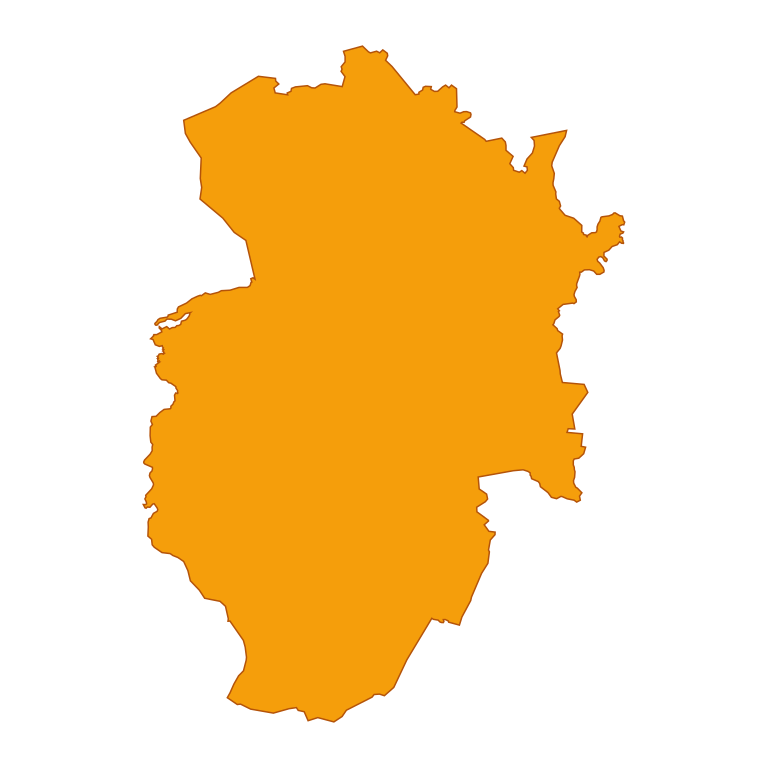 Pildas pag., Ludzas, Latvia
{"feature_id": "27541924B23145226159643", "entity_name": "Pildas pag.", "entity_type": "district", "adm_level": 2, "iso_a3": "LVA", "parent_name": "Latvia", "parent_adm1": "Ludzas", "projection": "albers", "projection_center": [27.751, 56.365], "detail": "fine", "context": "isolated", "style": "filled", "palette": "amber", "viewbox_px": 768, "rotation_deg": 0, "n_neighbors": 0, "source": "geoboundaries", "source_scale": "gbopen_adm2", "svg_char_len": 6082}
<svg xmlns="http://www.w3.org/2000/svg" viewBox="0 0 768 768"><path d="M566.6,130.4L531.3,137.4L534.1,140.5L534.5,146.1L532.4,153.0L527.0,159.0L524.0,166.1L527.0,166.9L527.4,170.3L525.0,173.2L521.8,170.6L519.3,172.2L513.6,170.3L513.3,167.6L509.8,163.7L513.1,156.4L506.0,150.3L506.0,145.5L505.3,141.9L501.8,138.1L486.2,141.3L484.7,139.4L461.1,123.1L462.0,122.2L464.1,122.3L464.6,120.9L470.5,117.0L471.0,114.4L470.5,112.9L466.7,111.6L463.7,111.7L460.0,113.2L454.7,111.7L454.8,110.6L457.0,107.0L456.5,88.7L451.5,85.1L449.0,87.8L445.6,85.1L442.6,86.9L437.7,91.3L434.4,91.4L430.7,89.3L431.3,86.6L425.5,86.3L423.2,87.3L422.6,90.0L418.9,92.3L418.9,94.1L415.2,94.7L392.2,66.7L385.6,60.3L387.7,55.8L387.3,53.3L382.8,49.9L379.7,52.8L376.6,51.2L370.4,52.9L368.4,51.8L362.5,46.1L343.5,51.3L345.1,56.4L345.1,61.9L341.2,66.7L342.0,69.2L341.1,71.4L345.0,76.6L342.2,86.6L325.0,83.8L321.0,84.3L315.1,88.0L311.7,87.8L307.5,85.7L295.4,86.9L291.5,88.4L291.0,91.3L287.2,93.0L287.7,94.8L275.2,92.9L273.9,88.0L278.8,84.0L275.7,81.0L275.5,78.4L258.4,76.3L231.1,92.9L220.2,103.1L215.5,106.7L183.7,120.3L185.4,133.5L190.3,142.3L201.2,158.0L200.3,178.5L201.7,187.5L200.0,199.0L222.8,218.1L234.2,232.4L245.9,240.4L255.0,279.2L253.0,277.8L250.8,278.7L251.8,282.1L251.0,282.5L250.1,285.6L247.4,287.4L239.1,287.4L230.0,290.2L221.3,290.7L218.4,292.3L210.2,294.4L205.3,292.9L201.4,295.7L200.2,295.3L197.4,296.3L192.1,298.7L186.5,303.1L178.5,306.9L177.3,309.0L177.2,312.2L168.2,315.1L168.0,316.3L167.2,317.1L160.0,318.3L158.0,319.6L156.8,321.6L154.9,323.4L155.0,324.4L155.6,325.1L156.9,325.2L159.5,322.5L165.0,321.1L166.9,319.1L171.3,319.2L175.5,320.8L180.8,318.4L185.4,313.6L190.4,312.6L189.7,313.2L189.7,314.5L189.1,316.0L187.2,318.7L185.5,320.1L181.5,321.2L180.7,324.4L178.8,325.5L176.8,325.7L175.2,327.4L172.2,327.6L169.5,329.0L166.7,326.6L162.0,328.9L159.3,326.6L159.2,328.0L161.4,330.3L161.8,331.9L156.7,334.6L153.9,334.6L153.5,335.3L153.7,335.8L150.6,338.8L153.0,339.5L155.3,344.8L159.4,346.4L162.2,345.7L162.4,346.8L163.4,347.9L162.6,349.1L163.8,349.7L162.7,351.0L163.6,351.5L163.7,352.7L164.5,353.2L163.2,354.2L162.1,353.5L159.2,354.1L158.2,355.9L157.3,356.3L158.0,356.8L157.8,357.7L158.2,358.0L157.5,358.5L158.1,358.8L157.7,359.2L158.0,360.3L157.6,361.6L158.0,362.0L158.9,361.4L158.7,362.0L159.5,362.1L155.5,365.1L156.0,365.9L154.8,366.7L155.4,366.9L154.9,367.2L156.5,373.3L160.4,378.6L161.9,379.8L166.4,380.2L168.7,382.7L170.9,383.2L175.8,386.6L176.0,388.2L177.6,390.6L177.5,392.0L177.9,392.9L177.6,393.5L175.7,393.0L174.5,395.2L175.0,400.8L173.9,401.8L172.9,404.3L170.9,406.2L170.9,408.0L170.1,408.8L164.1,409.4L159.9,412.5L156.1,416.3L152.0,416.6L150.9,421.1L152.4,424.5L150.3,427.1L150.1,435.7L150.8,442.1L152.7,444.5L152.1,447.1L152.2,450.7L150.1,454.2L144.5,460.1L143.7,462.0L143.8,462.9L144.8,464.0L152.4,467.3L152.5,468.8L152.0,470.9L150.0,473.0L149.4,475.6L150.0,477.5L153.3,483.0L153.5,484.9L151.7,488.8L145.7,495.3L146.0,496.8L144.9,498.9L146.3,501.9L146.6,503.9L145.6,504.6L143.3,504.5L145.0,507.8L146.1,508.2L147.4,507.0L149.9,507.3L152.7,504.1L154.2,503.7L157.2,508.0L157.8,509.7L157.1,511.3L153.4,513.4L151.0,517.9L149.1,518.6L148.1,522.1L148.3,527.0L147.9,536.1L151.6,539.3L152.2,544.8L154.3,547.3L162.0,552.6L170.2,553.6L172.9,555.5L177.9,557.5L183.7,561.5L187.9,570.6L190.4,580.8L199.3,590.1L204.7,598.3L220.0,601.3L225.5,606.3L228.3,618.7L228.0,621.2L230.0,621.1L243.4,640.4L245.2,647.1L246.5,657.2L246.2,660.2L243.5,670.8L238.6,675.8L233.9,684.1L230.0,692.9L227.3,697.7L237.3,704.5L240.5,704.1L250.6,709.1L273.4,713.1L289.0,708.7L296.4,707.6L298.2,710.4L304.2,711.7L308.1,720.7L317.8,717.6L333.9,721.9L342.1,716.5L346.4,710.2L372.1,697.1L374.1,694.5L379.5,694.1L384.4,695.7L393.8,687.4L406.8,659.9L431.8,618.3L433.3,619.3L438.1,620.1L440.0,622.0L441.4,622.5L443.3,622.6L443.9,621.5L443.3,619.6L445.2,619.5L448.1,620.8L448.7,622.2L459.4,625.1L461.9,617.0L470.7,600.6L471.5,597.0L481.6,573.3L487.9,563.3L489.4,551.8L488.5,550.0L490.3,540.0L495.0,534.7L495.1,532.1L488.9,531.3L484.2,524.8L488.5,521.0L488.4,520.3L476.9,511.8L476.7,507.2L485.4,501.7L487.6,499.0L486.6,494.1L479.2,489.0L478.2,477.0L513.4,470.7L523.1,469.8L528.0,471.4L530.1,472.8L530.2,475.2L531.1,476.3L531.6,478.7L538.3,481.6L539.7,483.5L540.4,486.7L548.0,492.6L551.4,497.3L556.6,498.7L560.9,496.4L562.2,496.6L567.2,498.8L574.1,500.2L576.7,502.1L580.3,500.2L579.5,496.1L581.9,492.8L577.3,488.1L575.8,487.3L573.7,483.1L573.5,480.6L574.6,477.3L575.0,471.7L574.4,469.8L574.2,467.2L573.3,464.9L573.3,460.8L574.2,459.0L578.8,458.2L583.7,453.7L585.6,447.2L581.2,446.3L582.6,433.8L567.0,432.4L568.2,428.7L574.8,429.0L572.2,414.1L587.8,392.4L584.1,384.4L562.4,382.5L560.3,374.0L560.0,370.4L556.5,352.9L560.1,348.4L561.1,345.8L562.5,340.0L562.1,335.8L562.6,334.1L557.7,330.6L557.1,328.6L552.9,324.8L553.8,323.7L555.0,319.9L559.1,316.5L559.7,315.2L558.4,311.5L559.4,310.8L557.7,308.8L563.1,304.4L572.6,303.1L574.0,303.6L576.3,301.9L576.2,299.7L574.4,296.5L574.0,294.7L574.9,291.5L577.1,287.5L576.6,285.5L576.7,283.7L579.5,276.0L579.9,274.3L579.7,272.2L581.4,272.1L584.4,269.9L589.5,269.7L593.7,271.0L596.7,274.3L599.9,274.3L603.9,272.0L604.1,270.4L603.2,267.7L599.7,263.0L597.7,261.3L597.1,259.3L598.9,257.0L600.8,256.6L602.7,257.7L604.5,260.9L606.0,261.6L607.0,260.5L607.1,259.2L603.9,256.0L604.0,252.4L608.8,250.2L612.1,246.5L617.3,244.7L619.6,241.8L621.5,243.2L623.4,243.4L623.6,243.0L623.1,242.1L623.0,240.6L622.4,239.7L622.5,238.0L621.4,237.0L619.9,237.2L619.5,236.3L620.2,234.1L622.9,233.1L623.6,231.9L620.9,231.0L618.9,226.4L622.1,224.7L623.8,224.8L624.7,222.1L623.6,220.8L622.4,216.1L619.8,215.7L615.2,212.9L613.9,213.0L612.5,214.5L608.9,215.9L602.0,216.8L600.9,217.4L599.9,221.1L598.0,224.1L597.1,226.9L597.1,229.7L596.5,231.9L595.3,232.6L591.7,232.8L587.6,235.4L587.2,236.8L586.6,236.6L586.2,235.1L583.6,234.5L583.4,233.1L581.7,231.9L581.8,225.4L573.7,218.2L565.1,215.3L559.9,209.3L559.3,208.2L560.6,206.0L559.3,201.3L556.4,198.9L555.7,193.9L555.9,191.9L553.1,185.3L553.0,182.7L553.8,178.7L554.3,173.4L551.7,165.8L552.2,162.2L559.4,145.6L565.1,136.7L566.6,130.4Z" fill="#f59e0b" stroke="#b45309" stroke-width="1.5"/></svg>